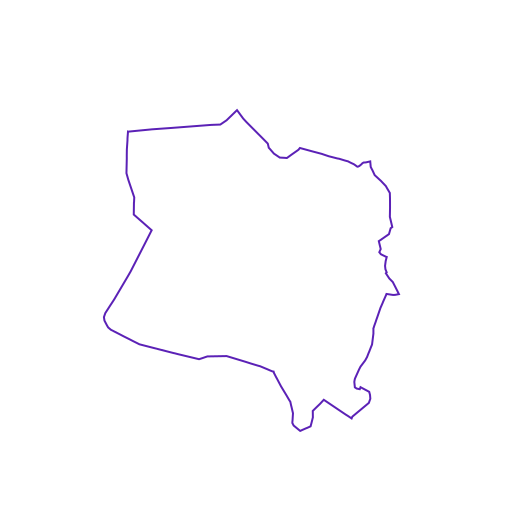 the district of Al Hada, Dhamar, Yemen, rotated 214°
{"feature_id": "15242507B58187831730199", "entity_name": "Al Hada", "entity_type": "district", "adm_level": 2, "iso_a3": "YEM", "parent_name": "Yemen", "parent_adm1": "Dhamar", "projection": "albers", "projection_center": [44.487, 14.807], "detail": "fine", "context": "isolated", "style": "outline", "palette": "violet", "viewbox_px": 512, "rotation_deg": 214, "n_neighbors": 0, "source": "geoboundaries", "source_scale": "gbopen_adm2", "svg_char_len": 3006}
<svg xmlns="http://www.w3.org/2000/svg" viewBox="0 0 512 512"><g transform="rotate(214 256 256)"><path d="M431.7,287.6L428.4,281.8L427.1,279.8L422.7,272.2L419.7,267.6L417.6,264.5L415.8,261.7L409.7,252.2L404.5,247.8L389.7,236.5L387.2,232.4L387.1,232.1L380.5,222.0L356.9,219.0L355.0,203.7L351.3,173.1L350.9,167.4L349.3,140.9L349.2,135.6L349.2,134.1L349.0,124.4L347.9,120.3L345.5,117.7L340.7,115.1L338.6,114.1L335.0,113.7L325.2,114.9L320.7,115.4L313.8,116.3L310.3,116.7L305.8,117.3L303.3,117.6L296.8,119.9L269.6,129.6L269.2,129.8L265.8,131.0L245.5,138.6L243.3,141.4L241.2,144.2L240.1,145.6L224.4,156.6L223.1,157.0L205.6,162.4L200.1,164.0L193.0,166.2L191.0,166.9L185.5,168.0L185.4,168.0L184.1,168.3L179.8,169.1L177.1,169.7L176.8,170.0L176.4,169.7L175.3,168.8L175.0,168.7L171.0,166.5L170.9,166.5L162.5,162.0L153.0,157.6L147.4,154.9L146.1,154.4L143.6,152.0L141.8,150.4L137.4,146.3L133.7,140.0L133.3,139.2L132.5,137.9L130.0,136.5L121.6,135.7L118.0,141.4L117.6,141.9L115.5,145.3L115.7,145.9L116.6,148.5L118.6,154.0L121.1,157.6L122.3,159.3L121.6,162.8L121.1,165.2L120.2,169.4L119.4,174.7L118.0,174.7L114.2,174.7L110.3,174.7L104.7,174.7L97.6,174.7L96.4,174.7L93.0,174.7L90.4,174.8L85.9,174.8L86.3,176.7L80.3,197.3L81.4,201.6L83.8,204.6L86.2,206.7L88.2,206.5L94.0,205.9L94.8,205.8L96.0,205.7L95.5,203.6L98.4,202.4L100.6,202.4L104.1,206.6L105.0,208.6L105.4,209.7L107.1,219.5L107.5,222.8L107.4,224.4L107.1,230.2L107.1,230.6L107.4,233.9L107.4,234.2L108.3,238.1L108.8,240.7L108.9,241.0L109.4,243.3L109.7,244.6L110.3,247.5L115.2,257.2L115.5,257.7L115.6,257.8L118.0,261.4L118.2,261.6L118.3,262.1L118.4,262.6L118.8,263.8L119.6,266.9L120.0,268.5L120.4,269.8L121.3,273.3L123.8,282.6L124.8,288.1L125.0,288.9L126.2,295.6L126.6,297.5L126.2,297.7L120.7,300.3L119.0,301.5L116.2,304.3L118.8,305.8L128.0,310.9L132.9,311.9L138.7,314.3L138.5,315.5L141.3,317.4L143.5,320.0L144.2,321.4L145.7,324.4L147.0,328.1L147.1,328.3L147.6,328.1L152.6,327.4L153.5,327.3L154.7,327.7L155.9,328.1L156.5,331.5L157.8,332.7L162.5,337.0L161.4,339.6L161.1,340.5L158.0,348.5L159.9,354.3L159.2,356.2L166.9,363.3L171.9,371.0L173.2,372.9L173.8,373.8L177.2,378.8L180.3,383.1L185.1,385.4L187.5,386.6L187.9,386.7L188.0,386.7L193.4,387.9L193.8,388.0L194.2,388.1L202.8,389.4L207.6,392.3L208.6,392.8L210.7,394.0L214.2,398.3L217.1,395.2L217.3,395.0L219.1,393.6L219.7,392.3L219.9,390.9L220.4,389.3L220.6,388.5L221.1,387.7L221.5,387.0L221.7,386.9L222.0,386.7L222.7,386.7L224.3,386.8L226.3,386.8L228.1,386.5L230.1,386.2L232.8,385.9L233.0,385.8L235.6,384.9L241.5,383.1L243.0,382.4L249.2,380.2L251.4,379.4L257.2,377.8L258.4,377.5L268.2,374.1L280.0,370.1L280.2,367.8L283.3,359.7L284.6,356.1L285.2,354.5L287.5,353.2L290.0,351.7L291.3,350.9L291.5,350.9L298.4,350.9L299.5,351.2L304.3,352.5L306.0,352.9L306.7,353.6L309.0,355.7L309.2,355.8L316.0,357.2L322.2,358.4L328.2,359.6L330.3,360.0L338.9,361.7L343.5,362.8L353.3,366.3L356.3,352.0L359.1,345.0L366.1,339.9L367.9,338.5L397.3,315.2L413.0,302.9L431.4,287.7L431.7,287.6Z" fill="none" stroke="#5b21b6" stroke-width="2"/></g></svg>